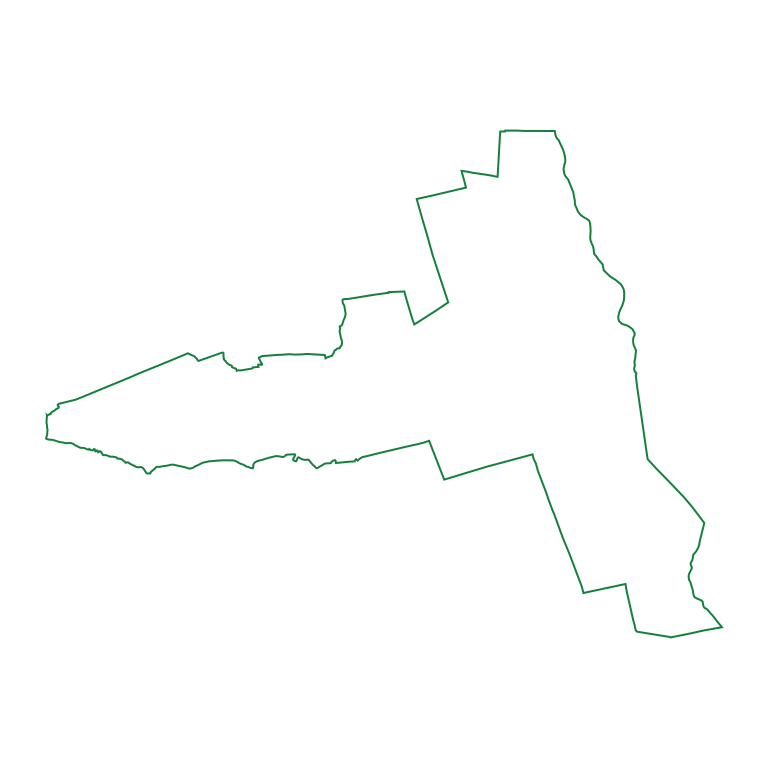 Filipestii De Targ, Prahova, Romania
{"feature_id": "2599482B69581696134481", "entity_name": "Filipestii De Targ", "entity_type": "district", "adm_level": 2, "iso_a3": "ROU", "parent_name": "Romania", "parent_adm1": "Prahova", "projection": "robinson", "projection_center": [25.752, 44.957], "detail": "fine", "context": "isolated", "style": "outline", "palette": "green", "viewbox_px": 768, "rotation_deg": 0, "n_neighbors": 0, "source": "geoboundaries", "source_scale": "gbopen_adm2", "svg_char_len": 6059}
<svg xmlns="http://www.w3.org/2000/svg" viewBox="0 0 768 768"><path d="M721.9,627.2L716.8,621.0L715.4,619.0L712.6,615.5L710.9,613.7L708.0,610.3L706.7,608.9L704.7,608.0L703.9,607.1L703.2,605.2L702.7,601.7L701.5,600.5L695.4,597.8L694.3,596.7L693.6,595.2L692.9,590.9L691.9,587.1L690.6,582.9L689.8,581.0L689.0,579.7L688.7,577.6L688.7,575.6L689.3,573.3L691.7,568.5L691.8,567.1L691.1,565.8L690.7,564.3L690.7,563.1L692.3,560.0L692.8,558.2L693.0,556.0L693.5,554.3L695.0,552.8L696.2,551.3L698.3,547.5L699.2,544.7L699.8,540.9L704.3,523.0L692.0,506.7L683.2,496.4L663.6,476.0L656.2,468.5L647.6,459.1L637.1,386.5L635.8,375.7L636.4,373.4L636.1,372.7L635.0,372.0L634.6,371.0L634.2,369.4L634.2,368.1L634.9,365.2L634.4,362.1L635.4,357.0L635.5,354.7L635.9,352.1L635.9,350.3L635.5,349.2L633.7,345.2L633.2,342.6L633.1,341.2L633.2,338.9L633.6,337.1L634.5,335.1L634.8,333.8L632.8,329.6L631.3,328.2L628.6,326.3L625.7,325.0L624.4,324.7L622.3,324.0L619.7,321.8L618.9,320.7L618.6,319.7L618.3,318.0L618.4,316.1L619.2,312.4L620.4,309.4L622.3,305.5L623.8,300.6L624.1,298.3L624.2,292.2L623.8,289.8L622.3,286.5L620.8,284.2L615.3,279.7L612.3,277.9L609.7,276.1L603.8,270.4L602.5,264.2L598.2,259.3L596.8,257.0L594.1,253.8L593.7,249.6L593.0,246.2L591.7,243.6L590.5,240.3L590.2,237.7L590.6,231.2L590.4,226.4L589.9,222.5L589.0,220.4L582.8,216.6L580.1,214.4L578.1,211.9L576.4,207.8L574.9,204.5L574.8,200.4L573.5,194.1L573.2,191.6L572.6,190.6L568.3,179.8L566.8,177.8L565.3,176.1L564.4,174.0L563.5,169.3L564.4,164.7L565.3,161.4L565.3,159.4L564.8,156.1L564.1,152.9L562.9,149.4L558.6,140.1L557.0,138.4L556.0,136.7L554.9,132.4L554.8,131.0L523.6,130.9L516.2,130.6L505.2,130.6L505.1,131.4L500.2,131.6L497.6,176.8L496.5,176.7L492.6,175.8L487.3,174.9L472.2,172.7L468.2,171.8L461.6,170.9L461.9,171.8L462.0,172.8L464.0,179.8L466.0,187.6L431.2,195.8L416.7,199.0L422.9,220.9L426.9,234.4L432.7,255.3L448.2,302.4L436.3,310.4L414.3,324.5L412.1,318.3L406.7,300.2L404.3,291.5L388.6,292.1L388.6,292.8L388.4,292.8L373.8,294.8L348.6,298.9L344.8,299.1L342.9,299.4L342.5,300.4L342.6,302.2L343.1,303.8L344.2,305.4L345.6,313.4L345.6,314.4L344.8,317.6L343.7,319.9L342.1,324.9L341.5,325.5L340.1,326.1L339.7,326.6L340.2,328.8L339.6,330.8L339.6,331.7L340.3,334.6L340.7,337.3L341.8,340.6L342.0,343.6L341.8,344.4L341.4,345.7L340.4,346.5L339.7,348.1L339.0,348.3L337.8,348.4L337.0,348.7L336.3,349.5L334.6,350.5L334.4,350.8L334.1,352.2L332.6,354.4L332.2,355.7L327.9,357.1L326.9,357.5L325.5,358.3L324.7,355.0L309.8,354.1L306.4,354.0L301.7,354.4L295.2,354.6L289.3,354.2L282.2,354.7L277.7,354.9L261.8,356.1L261.1,356.7L259.3,357.4L258.9,357.7L258.9,358.2L259.0,358.6L259.7,359.6L260.4,361.3L261.9,363.7L262.1,364.6L261.5,364.9L259.5,364.5L258.4,364.6L258.2,364.8L258.1,365.5L258.5,366.9L252.8,367.4L252.7,368.1L251.6,368.6L240.9,370.4L238.4,370.3L236.7,370.8L236.4,369.6L235.9,368.7L235.7,368.6L234.4,368.2L233.7,367.8L232.7,367.5L232.0,367.1L231.9,366.1L231.8,365.8L231.1,365.3L229.8,365.1L229.3,364.8L226.8,362.9L225.7,361.3L224.0,359.6L223.7,359.0L224.0,358.2L223.6,357.7L223.5,357.3L223.5,353.4L223.4,353.0L223.2,352.7L222.1,352.6L199.2,360.7L198.4,360.9L197.7,360.3L196.8,358.7L195.6,357.7L194.5,356.4L190.0,354.4L187.9,353.3L170.5,360.6L139.7,373.1L134.7,375.2L133.2,376.0L76.9,399.2L75.5,399.7L68.7,401.4L58.8,403.8L57.7,404.9L58.0,406.0L58.5,406.4L58.8,406.9L58.6,407.7L58.3,408.0L55.5,409.6L54.4,410.7L52.3,411.7L50.1,413.7L51.3,414.0L49.0,414.5L47.2,415.5L47.0,415.3L47.1,415.8L46.8,417.3L46.5,422.5L46.7,424.1L47.1,425.7L47.1,426.7L47.0,427.3L47.5,429.6L47.2,434.3L47.0,435.5L46.1,438.0L46.1,438.6L46.8,439.0L48.3,439.5L52.8,439.9L58.1,441.6L61.0,442.3L63.3,442.5L65.8,443.2L67.4,443.2L69.1,442.9L70.6,443.0L73.1,443.8L75.4,445.4L80.4,447.8L83.4,447.9L84.3,448.1L85.7,448.6L87.1,449.3L88.5,449.6L89.3,448.9L90.3,449.9L92.4,450.4L92.9,450.2L93.8,449.1L94.3,449.0L94.8,449.4L95.0,450.6L95.3,451.2L95.5,451.4L95.8,451.3L97.0,450.4L97.4,450.6L97.6,450.8L97.8,451.2L98.0,452.0L98.2,452.3L98.6,452.2L99.6,451.3L99.9,451.2L100.5,451.3L101.5,452.2L101.4,452.8L102.5,454.2L102.7,454.8L103.5,455.2L105.7,455.1L107.0,455.4L110.1,456.7L112.9,456.7L116.3,457.4L116.8,457.7L117.3,458.5L117.5,458.7L119.8,458.7L122.4,459.7L123.4,460.8L124.6,461.5L125.5,462.7L126.1,462.8L127.3,462.3L128.0,462.4L129.8,463.6L133.2,465.4L134.3,465.7L136.3,467.0L138.6,467.3L141.2,467.0L142.4,467.7L143.4,468.5L144.4,469.9L146.2,472.8L146.8,473.3L147.8,473.6L148.9,473.3L149.7,473.3L150.0,473.5L150.4,473.4L150.8,472.0L155.1,468.4L155.8,467.3L156.2,467.1L157.5,466.8L159.8,466.9L162.5,466.2L165.8,465.9L171.4,464.7L172.8,464.6L184.5,467.1L188.9,468.5L190.6,468.5L192.9,467.8L195.4,466.2L198.1,465.1L201.5,463.3L203.2,462.6L208.7,461.4L217.6,460.6L222.7,460.3L233.1,460.4L235.2,460.8L240.4,463.7L243.6,464.8L244.7,465.5L246.8,466.6L248.4,467.0L250.6,468.0L252.8,468.3L253.1,468.0L253.3,466.8L253.2,465.4L253.5,464.4L253.9,463.6L254.5,462.9L255.3,462.1L257.6,461.0L262.6,459.7L268.7,457.8L275.9,456.1L279.1,456.3L282.5,457.0L283.3,456.9L284.6,456.4L285.9,455.0L287.6,454.6L293.8,454.3L295.0,454.5L295.1,455.1L294.4,456.9L293.3,458.7L293.1,459.5L293.2,460.1L293.7,460.4L295.6,461.3L296.2,461.2L296.4,461.0L297.4,458.4L297.7,457.8L298.2,457.3L298.9,457.5L301.5,459.0L302.9,459.5L305.4,459.9L308.3,459.6L308.9,460.0L311.2,463.0L313.2,465.2L314.5,466.2L316.0,467.9L316.5,468.2L317.1,468.2L324.7,463.7L327.1,463.3L329.6,463.3L330.8,463.1L331.0,462.4L332.5,461.2L333.9,460.4L335.6,459.9L335.4,460.1L335.5,460.8L335.8,461.4L335.9,463.0L349.3,461.7L354.6,461.4L354.6,461.1L355.2,460.2L356.0,459.2L357.7,460.6L358.2,460.0L359.4,459.0L361.6,457.5L363.0,456.9L365.7,456.4L382.0,452.4L406.2,446.7L418.3,444.0L423.4,442.7L429.1,440.8L444.2,479.6L486.1,466.9L532.5,454.4L533.1,456.6L533.5,458.3L535.1,462.0L535.9,463.4L536.3,465.3L537.2,467.9L537.5,469.8L546.6,493.7L548.3,499.0L553.0,511.6L553.1,511.9L553.4,512.0L562.8,537.8L569.0,552.8L581.6,586.1L583.2,592.0L583.4,593.0L625.5,584.0L626.3,589.2L627.0,592.6L633.2,620.1L634.2,623.5L635.8,630.5L637.2,631.7L670.5,637.1L670.7,637.4L691.5,633.2L703.5,630.5L721.9,627.2Z" fill="none" stroke="#15803d" stroke-width="2"/></svg>